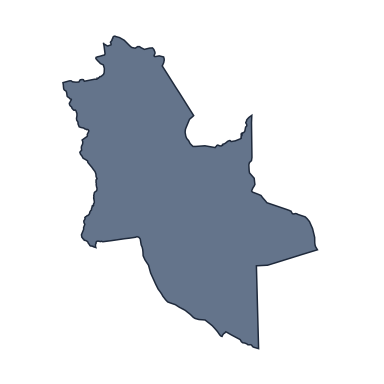 the district of Banalia, Orientale, Democratic Republic of the Congo, rotated 266°
{"feature_id": "63176286B83745324886444", "entity_name": "Banalia", "entity_type": "district", "adm_level": 2, "iso_a3": "COD", "parent_name": "Democratic Republic of the Congo", "parent_adm1": "Orientale", "projection": "orthographic", "projection_center": [25.603, 1.49], "detail": "fine", "context": "isolated", "style": "filled", "palette": "slate", "viewbox_px": 384, "rotation_deg": 266, "n_neighbors": 0, "source": "geoboundaries", "source_scale": "gbopen_adm2", "svg_char_len": 4858}
<svg xmlns="http://www.w3.org/2000/svg" viewBox="0 0 384 384"><g transform="rotate(266 192 192)"><path d="M347.1,114.0L344.3,114.4L336.0,114.9L334.8,114.3L334.5,112.5L333.8,109.5L333.5,107.4L333.0,105.7L332.0,105.4L331.5,105.6L329.6,107.0L327.8,108.6L326.5,109.6L325.0,112.4L321.3,113.2L317.2,112.7L315.5,111.9L313.5,109.2L313.6,108.3L313.3,107.9L312.8,107.6L312.3,106.6L312.0,106.5L312.1,105.2L311.3,105.2L311.1,104.7L311.3,102.7L310.0,92.3L311.6,91.5L311.9,90.2L311.7,88.3L309.6,86.8L309.6,84.0L310.3,80.4L311.4,79.1L311.4,77.3L310.1,70.9L307.6,71.1L306.2,71.1L303.8,71.2L302.5,71.9L301.7,73.2L300.3,73.8L299.4,73.9L297.8,74.0L296.3,74.1L295.7,74.5L294.5,76.0L293.5,76.7L293.1,77.6L292.9,78.1L292.5,78.1L290.4,76.7L290.0,76.6L289.1,75.8L287.5,76.0L286.5,76.5L285.2,77.8L283.9,78.1L281.9,79.7L281.7,80.3L282.0,81.0L281.7,81.5L280.7,82.1L279.9,82.2L278.3,82.7L275.8,82.5L273.6,81.9L271.7,82.0L269.9,83.0L268.5,83.2L268.0,83.0L264.9,84.0L264.1,85.7L263.4,88.3L262.9,89.0L262.3,89.6L262.2,90.4L261.5,91.4L261.7,92.1L261.5,92.6L260.4,93.3L259.7,93.2L256.7,91.5L255.3,91.6L254.6,91.1L253.6,89.3L253.5,89.2L251.5,86.0L249.6,86.6L247.4,86.2L245.4,85.0L244.1,84.7L242.9,84.7L241.4,84.8L240.0,83.3L239.5,82.9L237.5,83.4L235.4,84.8L233.3,85.7L231.9,87.9L230.3,90.0L228.7,90.2L225.3,92.6L223.7,93.8L221.8,94.9L219.1,96.7L216.6,97.4L214.1,97.4L211.8,98.2L211.1,97.3L210.6,97.2L210.3,97.2L209.9,97.0L209.1,97.1L208.6,96.9L206.6,97.2L206.0,96.9L203.4,97.2L202.6,97.5L200.8,97.3L199.8,96.8L198.6,94.9L197.9,94.4L196.7,94.2L195.4,93.7L194.0,93.8L193.1,93.5L192.2,93.5L191.8,93.8L191.0,93.6L190.2,93.9L188.2,93.8L186.8,92.9L186.4,92.9L185.3,92.8L185.0,92.4L185.3,91.7L184.9,91.4L183.5,91.2L182.8,90.7L181.0,90.4L180.6,89.7L179.0,88.6L177.9,88.4L176.7,87.6L175.8,86.5L175.8,85.8L174.9,84.7L174.7,84.0L174.1,83.5L173.9,83.3L173.1,83.5L171.8,83.0L171.0,82.2L170.0,82.0L168.6,82.2L167.4,82.8L166.9,82.7L164.2,81.4L162.3,81.3L157.0,78.7L154.4,79.0L153.8,79.6L153.1,79.8L152.3,80.8L151.5,81.0L151.3,81.4L151.0,82.6L150.5,83.5L149.3,84.7L148.5,84.8L147.5,85.4L146.9,85.9L145.7,86.4L145.2,87.1L145.0,88.5L144.7,88.9L144.8,89.4L144.2,89.9L143.3,92.2L144.5,91.9L146.5,92.1L147.4,92.7L148.6,92.8L149.3,93.4L149.6,94.8L148.9,97.3L149.2,98.2L148.6,99.5L149.1,108.2L149.6,114.8L150.1,121.2L150.3,126.0L150.8,132.5L151.3,134.0L150.5,135.9L148.7,137.1L142.8,137.6L140.6,138.4L138.2,138.8L135.6,138.9L131.8,138.8L127.5,140.4L122.0,143.5L114.0,145.1L107.3,147.6L102.7,149.3L97.4,151.5L95.3,152.9L92.0,154.8L90.2,155.6L86.4,158.1L84.0,160.1L82.6,163.2L80.8,167.5L77.8,171.5L74.6,176.7L70.1,181.7L66.8,184.6L65.6,186.3L64.3,190.0L63.7,194.3L63.4,196.1L59.9,200.0L57.1,203.0L53.0,206.2L50.8,207.8L48.9,208.9L47.4,209.8L46.1,211.0L45.8,211.9L47.5,212.8L47.9,213.2L48.7,214.0L49.0,214.8L50.2,216.0L49.6,217.0L46.7,221.3L42.7,227.7L41.4,229.8L39.2,230.8L38.0,232.2L37.8,233.7L36.7,236.1L35.8,236.9L35.6,237.9L35.6,239.7L35.3,240.5L34.7,241.1L33.6,241.6L33.4,241.9L32.8,242.9L31.1,247.5L113.9,251.1L113.7,262.3L118.8,284.0L121.9,297.0L125.6,313.1L128.7,311.5L130.2,311.1L132.7,310.9L138.1,311.2L142.4,310.5L147.1,309.7L154.3,307.1L157.3,305.0L159.3,303.2L162.4,295.7L162.9,295.2L163.3,293.8L163.0,292.0L163.4,290.6L166.1,289.3L166.1,288.9L166.7,288.1L167.9,285.4L173.5,272.1L176.1,265.9L177.5,265.0L181.6,261.9L183.7,260.6L185.2,257.7L187.7,252.3L188.4,251.8L188.8,251.5L191.6,252.9L193.6,254.4L195.2,255.3L196.4,255.2L201.4,255.0L207.0,250.7L209.5,250.5L215.2,250.6L217.4,251.4L219.1,253.5L222.2,254.2L257.0,256.2L264.3,257.0L262.4,254.0L261.6,253.1L260.6,252.1L259.9,251.5L258.9,251.4L257.7,250.5L257.1,250.5L255.9,251.2L254.5,251.3L253.9,251.1L253.0,250.0L249.2,249.0L248.4,248.5L247.6,247.5L247.4,246.1L247.0,245.6L246.8,245.9L246.6,246.2L246.4,246.1L246.1,245.1L245.5,245.0L245.4,245.6L245.2,245.7L244.9,245.2L244.5,245.4L243.5,244.7L242.9,244.9L242.3,244.9L242.2,244.5L241.8,244.3L240.0,238.7L239.6,234.9L239.7,234.4L240.6,233.7L240.7,233.0L240.0,230.9L239.8,230.7L239.0,229.7L237.9,227.9L237.5,226.1L237.3,225.7L236.5,225.8L235.9,224.3L236.1,222.9L237.0,221.1L237.0,220.7L236.6,219.9L235.8,219.4L235.2,218.5L234.7,218.2L237.2,208.1L237.2,199.0L237.4,196.1L240.4,193.5L243.5,192.2L245.7,190.5L248.1,189.7L252.1,189.3L254.9,189.8L256.5,190.5L264.7,194.6L267.4,198.2L268.1,199.0L279.8,192.7L291.4,186.5L297.5,183.1L311.5,175.6L319.8,171.1L323.0,172.8L325.5,173.5L326.9,173.5L328.7,173.1L330.1,168.8L329.7,165.7L329.7,164.3L330.4,163.6L331.9,164.2L332.6,164.7L334.0,164.8L336.8,163.9L338.5,162.6L338.5,159.7L337.6,154.4L339.6,151.1L340.7,149.8L340.8,147.8L339.4,145.4L340.4,141.9L342.2,140.1L348.1,135.0L351.1,130.5L352.5,126.5L352.9,126.0L352.7,124.8L351.9,123.9L351.0,123.8L349.9,122.9L348.8,122.7L347.3,121.2L346.8,121.1L346.1,121.5L345.1,121.6L344.4,121.4L343.8,119.0L343.5,118.2L343.9,117.3L345.4,115.2L345.9,114.3L347.1,114.0Z" fill="#64748b" stroke="#1e293b" stroke-width="1.5"/></g></svg>